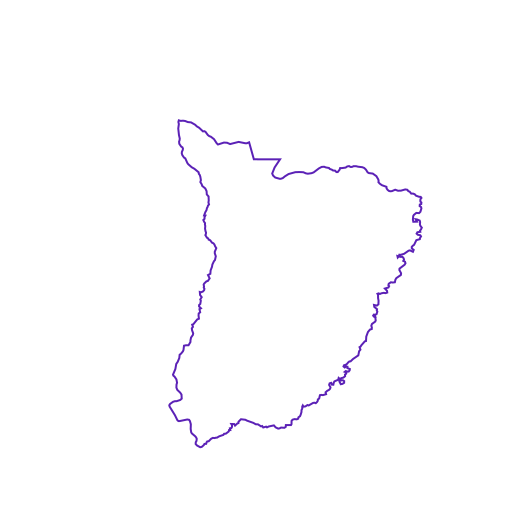 Lucas do Rio Verde, Mato Grosso, Brazil, rotated 51°
{"feature_id": "56859067B78400349800715", "entity_name": "Lucas do Rio Verde", "entity_type": "district", "adm_level": 2, "iso_a3": "BRA", "parent_name": "Brazil", "parent_adm1": "Mato Grosso", "projection": "orthographic", "projection_center": [-56.167, -13.048], "detail": "fine", "context": "isolated", "style": "outline", "palette": "violet", "viewbox_px": 512, "rotation_deg": 51, "n_neighbors": 0, "source": "geoboundaries", "source_scale": "gbopen_adm2", "svg_char_len": 6147}
<svg xmlns="http://www.w3.org/2000/svg" viewBox="0 0 512 512"><g transform="rotate(51 256 256)"><path d="M346.2,145.3L345.2,143.8L346.1,142.9L347.5,139.5L347.9,134.1L348.5,132.8L351.5,131.4L350.5,129.6L348.2,130.1L347.0,129.3L346.7,127.8L346.8,126.1L344.6,121.4L346.0,118.1L345.2,117.2L344.6,115.4L343.2,115.3L341.3,116.9L339.7,117.1L339.1,115.6L340.6,113.1L339.5,112.6L339.2,111.1L338.3,109.3L336.4,109.3L334.8,108.9L332.9,107.1L331.5,106.5L329.0,107.8L327.9,108.8L330.6,109.3L328.4,112.2L326.5,111.2L323.9,108.7L323.4,107.4L323.4,104.3L325.3,102.3L325.1,100.4L323.1,97.5L321.9,96.9L320.2,97.4L319.1,96.3L319.6,94.9L318.5,93.8L317.2,94.0L316.2,93.3L315.3,92.4L315.0,90.9L313.7,90.8L312.6,92.0L309.8,93.7L307.9,93.8L306.3,94.7L305.2,96.1L302.7,96.1L301.5,96.8L299.8,96.7L298.2,98.1L296.4,102.3L294.6,104.6L292.1,106.1L291.1,109.6L290.2,110.9L289.2,111.7L287.5,112.1L285.7,112.0L284.3,111.1L280.2,113.6L277.6,114.3L275.7,114.4L274.9,113.5L273.5,112.8L269.7,112.2L265.4,113.4L262.6,116.1L261.2,116.6L258.1,116.2L255.7,116.5L253.9,117.5L250.8,120.5L249.2,121.7L247.7,123.5L247.1,125.5L246.3,126.5L244.7,127.1L243.8,128.8L243.7,130.7L241.7,134.0L240.6,135.3L241.5,136.6L242.2,139.7L241.4,140.7L239.5,140.8L237.9,142.4L236.7,142.7L234.7,143.9L233.5,143.9L231.1,146.0L229.5,146.9L228.1,148.9L227.5,152.0L227.3,158.6L226.6,160.7L224.7,163.9L223.2,165.2L220.7,166.5L218.1,169.4L215.6,172.7L212.8,179.1L212.3,183.3L212.3,186.2L211.6,188.1L210.9,189.0L207.1,191.7L204.2,192.1L202.1,191.5L198.9,185.8L196.0,176.5L179.5,196.8L163.3,189.8L162.6,192.2L161.6,193.4L156.4,197.7L152.7,205.7L149.8,207.2L147.7,209.5L145.4,215.4L143.7,215.6L138.8,215.1L134.9,216.0L133.4,216.9L131.6,217.3L127.7,217.1L126.5,217.6L125.8,218.8L120.5,219.5L118.1,220.4L115.7,220.7L111.3,222.4L109.0,224.7L106.5,226.1L104.9,227.6L103.6,229.5L102.0,230.6L103.0,232.0L104.9,232.9L108.0,236.2L113.6,239.8L116.7,241.3L117.9,242.5L118.7,243.8L120.5,245.0L123.9,245.3L125.3,244.8L126.6,245.2L127.5,246.2L128.4,248.0L129.5,249.1L131.3,249.8L134.3,250.0L135.6,249.5L140.4,250.8L142.0,250.9L146.6,250.1L149.4,249.0L154.8,247.9L156.2,248.7L157.6,248.7L159.4,249.4L162.4,251.1L163.5,252.7L166.3,253.1L167.6,253.7L171.6,252.9L174.5,253.6L177.2,255.5L179.9,255.4L183.1,257.8L184.5,259.3L186.4,260.1L186.6,261.6L187.4,262.7L187.9,264.0L189.2,265.6L190.0,267.7L191.8,270.8L192.7,269.9L193.4,271.5L194.7,272.6L194.9,274.3L196.8,274.8L198.4,274.9L199.4,275.9L200.7,276.5L202.7,278.4L205.1,279.7L206.2,280.0L207.3,281.0L207.9,282.2L210.9,282.6L212.3,282.1L213.5,282.5L214.9,281.7L218.0,281.8L219.3,281.1L220.9,281.1L222.9,281.7L224.9,281.9L226.7,285.3L227.9,286.3L230.9,287.4L233.3,290.4L233.6,292.0L235.2,295.3L236.7,297.0L238.6,300.3L241.1,302.7L240.6,305.3L244.2,306.1L245.1,309.1L244.5,310.5L244.8,313.6L245.3,314.7L247.0,315.6L247.7,316.5L249.0,316.7L249.9,317.8L250.2,319.6L249.6,321.6L248.6,322.3L251.1,324.0L253.8,324.1L254.7,326.7L256.0,327.0L258.2,329.5L258.3,331.1L259.4,332.0L262.0,331.7L261.7,333.4L264.6,334.8L264.6,336.7L266.1,338.1L268.8,339.8L268.3,341.6L269.6,347.7L269.2,348.8L271.4,349.6L271.8,351.4L273.4,352.4L276.6,353.5L277.6,354.7L278.5,357.8L280.3,360.0L281.6,361.1L282.9,364.6L281.3,366.6L280.4,368.4L283.4,371.5L284.1,372.8L284.7,375.7L284.7,377.5L287.0,379.8L289.0,383.5L289.7,385.9L293.1,389.8L296.0,395.2L297.1,395.5L298.4,395.2L301.8,395.5L304.8,397.1L305.9,398.7L308.2,400.7L310.5,401.4L314.5,400.9L316.8,401.1L320.1,403.5L320.2,405.5L318.9,409.0L317.8,410.4L317.1,412.2L316.9,415.8L317.4,417.3L318.7,417.9L328.8,419.2L334.0,420.4L335.4,420.2L336.3,419.1L339.8,412.3L341.2,411.1L342.6,411.2L345.7,412.5L349.3,415.6L352.2,417.3L353.5,417.5L357.8,416.7L359.3,416.7L360.8,417.1L362.3,418.7L362.8,420.0L364.1,421.2L366.1,421.1L369.5,419.7L370.2,418.3L370.1,415.5L369.6,414.3L370.6,412.9L369.7,411.7L369.4,410.6L370.2,409.4L369.8,405.9L370.2,404.0L371.5,402.7L371.9,401.6L372.6,400.7L373.0,398.0L374.5,393.9L374.1,392.7L375.1,391.2L375.2,387.6L374.3,386.5L375.1,385.5L373.5,384.7L374.2,383.4L373.7,382.2L372.4,381.1L371.0,380.9L372.9,378.7L374.6,379.0L374.4,376.0L374.8,374.8L373.8,373.9L373.4,370.4L376.6,367.3L378.3,366.6L384.0,363.1L386.6,362.1L388.1,360.4L391.6,359.3L392.0,358.2L393.8,358.3L395.0,355.5L396.1,355.3L396.5,353.4L398.9,348.7L401.5,348.6L404.1,347.4L404.8,346.1L405.1,344.5L407.4,342.0L407.5,340.4L406.2,339.2L409.4,335.2L409.0,334.2L406.5,332.1L406.2,330.6L407.0,328.7L408.6,327.1L409.0,325.6L408.1,324.6L408.2,322.6L407.4,321.1L405.9,318.9L404.4,317.6L403.7,316.1L402.1,314.8L401.6,313.7L403.0,313.9L404.0,312.2L404.2,309.8L405.3,309.1L406.1,304.1L406.8,302.9L408.0,302.2L407.9,300.6L407.4,299.1L406.4,298.2L406.5,296.6L404.4,293.9L405.0,292.7L406.2,291.6L407.5,288.5L405.7,287.7L405.6,285.5L406.0,283.4L405.8,282.0L405.0,280.8L402.2,280.3L401.3,278.9L401.9,277.4L403.7,278.0L404.7,276.9L403.3,275.2L402.8,273.9L403.9,270.0L402.8,268.5L404.7,268.2L404.6,266.6L405.5,264.6L405.5,262.4L404.1,261.4L404.2,260.0L403.4,259.0L401.9,259.9L401.9,258.6L403.1,257.9L404.1,256.7L403.8,255.2L402.9,254.2L400.6,255.5L399.6,254.6L398.6,255.5L398.5,257.2L396.9,257.5L396.3,256.3L397.0,254.8L397.1,253.1L396.7,251.3L396.7,249.8L397.4,248.8L397.1,245.4L397.6,239.0L394.9,235.8L394.5,233.8L392.0,232.9L392.2,231.7L391.7,230.4L390.8,225.1L391.3,224.0L388.0,221.0L385.5,216.8L384.9,213.7L385.6,212.0L384.4,210.9L382.8,210.3L381.8,208.6L382.0,204.6L381.3,203.4L379.8,202.6L379.0,201.7L377.7,201.3L377.6,202.4L376.1,202.5L375.7,201.3L376.6,200.4L377.1,199.0L375.6,196.7L374.3,196.4L373.5,195.4L370.0,196.1L368.3,195.1L370.6,193.3L370.6,191.3L367.9,188.9L365.5,187.6L363.0,185.6L361.8,185.4L362.2,184.2L363.5,183.6L363.9,182.0L365.1,179.8L366.4,178.7L367.0,177.0L365.5,176.1L362.4,176.3L363.8,172.9L363.2,171.5L362.0,171.5L361.1,170.3L361.3,167.7L362.7,166.4L363.8,164.6L362.1,162.5L361.5,160.8L361.9,155.3L360.7,154.1L357.1,153.4L356.1,152.4L356.3,146.0L355.7,144.4L354.2,143.8L352.5,144.6L352.0,143.3L350.7,142.7L348.8,142.7L347.5,144.4L346.2,145.3ZM346.2,145.3L346.4,146.8L345.0,146.1L346.2,145.3ZM404.7,268.2L405.1,269.5L406.1,270.2L409.0,270.8L409.8,269.2L410.0,267.3L408.7,266.2L407.2,266.7L406.2,268.3L404.7,268.2Z" fill="none" stroke="#5b21b6" stroke-width="2"/></g></svg>